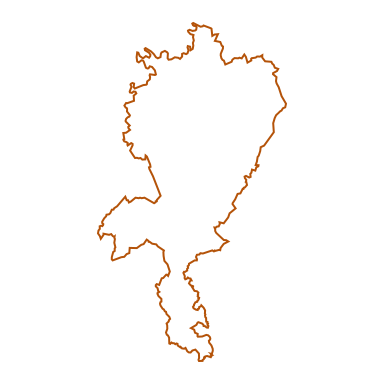 Tlahuiltepa, Hidalgo, Mexico (Robinson projection)
{"feature_id": "50627088B86938418920354", "entity_name": "Tlahuiltepa", "entity_type": "district", "adm_level": 2, "iso_a3": "MEX", "parent_name": "Mexico", "parent_adm1": "Hidalgo", "projection": "robinson", "projection_center": [-98.986, 20.833], "detail": "fine", "context": "isolated", "style": "outline", "palette": "amber", "viewbox_px": 384, "rotation_deg": 0, "n_neighbors": 0, "source": "geoboundaries", "source_scale": "gbopen_adm2", "svg_char_len": 5978}
<svg xmlns="http://www.w3.org/2000/svg" viewBox="0 0 384 384"><path d="M212.8,350.8L212.7,348.8L211.4,345.4L209.2,342.7L208.9,340.7L210.1,339.6L210.3,338.3L209.7,336.8L208.1,335.3L206.3,334.9L202.2,336.5L197.9,336.7L197.5,336.2L197.7,333.9L195.0,332.7L194.2,329.7L191.0,328.1L196.4,324.9L197.6,322.6L198.4,322.2L202.2,323.6L203.5,325.0L203.6,326.0L205.1,326.2L206.6,327.5L207.9,327.7L208.4,326.0L207.5,324.9L208.0,323.6L207.3,323.4L207.5,322.0L206.2,321.6L206.1,317.9L205.4,317.3L205.0,315.5L205.4,314.4L204.9,313.7L205.1,310.4L203.6,307.7L201.3,305.3L200.9,306.3L199.2,307.0L199.0,308.6L197.9,309.0L197.7,310.0L196.0,309.7L193.6,308.3L193.0,306.9L194.0,305.5L194.0,304.7L195.4,302.3L197.2,301.8L197.4,300.6L198.1,300.4L199.0,298.6L199.1,298.0L198.3,298.0L198.3,296.9L197.6,296.1L198.2,295.0L197.8,294.4L198.4,292.6L197.0,291.3L194.5,290.9L192.1,287.1L193.1,286.7L193.1,286.2L190.7,285.3L189.0,283.4L189.8,281.5L190.7,280.4L191.5,280.4L190.5,278.5L189.3,278.5L187.8,277.5L186.7,278.8L185.3,279.3L184.6,278.1L184.8,276.1L183.4,272.9L184.0,271.8L185.0,271.9L187.2,270.5L187.1,268.9L188.1,267.9L187.7,266.2L188.8,265.4L189.0,263.7L194.6,260.4L196.8,260.4L197.0,259.2L196.0,257.0L196.9,254.8L199.4,254.5L200.4,253.2L202.9,253.5L212.3,250.4L213.9,251.4L214.8,250.5L215.3,250.9L219.1,249.9L220.2,250.2L220.6,248.0L223.7,243.9L228.3,241.5L226.2,240.2L223.8,240.0L216.2,232.9L215.2,231.0L215.2,229.3L214.5,227.5L215.8,227.6L216.9,226.6L218.7,226.4L219.8,224.0L219.5,222.3L223.7,223.3L228.2,217.4L229.6,213.3L235.6,208.4L232.5,204.0L232.7,203.1L235.2,199.3L237.6,193.9L240.4,193.4L242.7,188.8L243.5,188.9L243.9,187.7L244.9,187.4L247.0,185.0L246.3,182.0L245.8,181.9L246.3,179.9L244.9,178.1L244.6,176.6L246.0,175.9L249.2,177.5L250.6,176.9L250.3,173.9L251.4,172.7L252.0,169.6L255.3,170.6L256.3,167.3L258.3,166.3L258.5,165.2L255.7,165.0L256.9,161.6L257.6,157.0L258.7,155.7L260.2,151.1L260.7,147.2L264.1,145.6L273.8,132.2L273.2,123.2L274.7,118.1L276.1,115.2L280.4,111.1L281.4,110.7L282.9,108.3L285.2,107.3L286.0,103.7L281.6,96.2L278.7,87.2L276.6,83.4L276.0,81.1L276.5,77.1L273.0,74.2L273.1,73.1L277.0,71.0L278.2,68.9L274.8,67.7L273.7,64.9L272.2,63.6L271.4,61.8L265.1,61.3L262.2,57.5L262.3,55.2L260.0,56.6L257.1,56.5L255.7,57.6L251.7,58.2L251.1,58.9L251.3,60.5L247.5,62.6L245.9,56.9L244.3,54.5L241.7,58.4L239.4,57.7L238.2,58.3L234.5,58.1L232.4,59.7L231.6,61.8L225.3,64.5L223.9,60.6L222.5,59.9L221.4,58.2L220.7,55.3L220.8,53.7L222.9,48.6L223.0,46.5L221.8,45.7L220.3,42.0L214.9,40.9L217.9,34.2L214.6,34.5L212.3,35.9L211.5,28.7L211.0,28.3L203.5,25.5L202.7,26.3L200.6,26.7L193.2,23.0L192.3,23.6L193.0,25.2L194.0,25.9L195.7,26.0L196.6,27.2L196.2,29.7L195.2,30.5L192.5,30.9L189.6,29.8L188.0,30.6L188.2,31.7L190.4,34.1L193.5,35.0L193.0,37.1L193.8,40.5L192.9,43.0L193.3,45.6L192.7,48.9L190.6,50.2L190.1,46.7L187.8,46.1L187.5,47.4L188.5,50.3L187.5,53.3L186.1,54.1L183.7,53.2L182.1,53.9L182.1,56.6L180.0,58.9L178.3,57.8L174.8,57.3L171.5,59.3L168.6,59.7L167.6,58.2L167.9,53.4L167.2,52.3L164.9,50.9L161.6,52.4L160.9,53.7L160.5,57.1L157.8,58.3L155.9,57.2L153.8,54.1L150.9,51.3L145.6,48.1L144.7,48.7L145.0,50.2L149.0,52.7L150.4,54.7L150.2,56.2L149.1,57.7L145.9,56.1L143.4,58.0L142.5,58.0L139.7,56.0L138.3,52.7L137.2,52.4L136.6,57.2L137.2,61.5L138.8,62.4L141.5,60.3L142.8,60.4L143.7,61.5L145.9,67.7L147.4,68.5L148.5,68.3L149.8,66.3L152.1,67.0L154.9,70.4L155.9,74.5L155.0,75.0L150.0,74.3L149.6,75.3L150.1,77.1L149.8,79.4L147.2,81.4L146.8,84.3L146.3,84.7L143.3,85.1L134.8,88.5L133.7,87.1L134.1,83.6L132.4,83.0L130.8,83.9L130.5,84.7L131.5,86.8L129.7,91.4L129.9,92.4L132.0,92.9L133.6,91.5L135.5,91.8L136.3,93.4L133.7,95.6L134.0,100.8L127.2,103.2L126.1,103.0L124.4,105.6L125.7,107.6L126.7,108.0L127.1,108.9L127.0,111.5L129.9,115.3L129.3,116.6L127.7,117.3L126.2,118.8L125.6,120.6L125.7,121.5L129.7,125.5L128.2,127.0L128.6,128.4L130.0,129.9L126.2,132.7L123.3,133.0L124.3,139.1L123.4,139.5L123.6,140.4L124.3,141.4L126.5,142.1L127.7,143.0L127.4,144.8L127.7,145.5L131.2,143.1L132.6,143.9L132.6,145.3L130.1,150.6L135.0,158.0L137.0,157.8L138.7,158.4L140.5,158.0L142.3,159.6L145.3,159.4L145.6,155.5L146.9,156.6L150.1,164.4L150.5,166.8L149.0,167.3L149.4,169.0L153.0,176.3L160.6,195.8L156.9,199.9L156.8,201.2L155.7,201.3L155.6,202.3L154.1,203.2L144.5,197.7L141.6,198.2L140.0,197.7L138.8,198.2L135.5,197.7L130.8,201.6L128.9,202.5L128.1,200.3L126.7,200.2L125.3,196.7L117.1,206.3L114.2,208.2L113.5,209.6L111.8,209.7L110.3,213.1L109.0,214.3L106.5,214.7L106.1,216.3L104.2,218.3L102.2,221.7L102.2,223.0L103.3,224.1L103.1,225.1L102.3,226.1L101.2,225.7L99.7,226.3L99.8,228.9L98.5,230.5L98.0,233.4L99.9,236.1L100.8,238.8L103.5,234.9L103.5,233.7L109.1,234.8L111.2,234.1L112.8,236.1L114.1,236.8L114.6,236.4L114.4,237.9L114.9,239.0L114.3,242.8L115.4,247.4L114.7,248.4L114.7,251.0L113.2,252.0L111.8,257.2L111.8,259.4L112.7,260.4L121.3,257.2L124.3,256.8L126.6,254.1L129.3,253.1L129.7,247.9L136.8,248.1L141.3,244.8L143.6,244.1L146.7,239.6L148.5,240.9L148.7,241.8L149.9,242.0L152.2,243.7L156.3,244.4L157.8,246.4L163.9,250.5L163.4,252.1L163.6,256.0L164.4,260.9L167.5,264.4L169.8,271.5L168.1,275.9L166.9,274.7L166.2,274.7L163.2,278.0L161.7,278.3L159.2,284.9L156.7,284.1L155.8,285.1L155.8,286.4L157.6,288.2L158.2,291.1L159.3,291.9L157.5,293.1L157.5,293.9L158.5,296.1L161.4,298.9L161.4,301.6L160.4,302.2L160.0,303.8L160.5,305.5L162.6,308.7L163.9,309.5L164.8,311.3L166.0,311.8L166.5,314.0L169.3,316.8L170.1,318.9L168.9,320.2L168.7,321.5L166.6,323.5L167.2,325.3L167.3,328.8L166.0,332.5L166.8,334.7L167.9,335.4L169.1,337.6L169.3,343.5L170.2,343.9L171.5,342.5L172.5,343.2L174.0,343.2L175.3,344.2L176.4,343.5L177.5,343.8L177.7,345.5L180.3,347.3L180.6,346.9L182.0,348.4L184.2,348.7L185.5,347.9L187.3,351.3L188.8,352.4L190.6,352.5L192.4,350.5L195.4,349.6L198.9,353.5L199.1,357.8L198.5,359.9L199.0,361.0L202.5,360.9L202.6,360.0L203.8,359.2L204.1,357.5L204.9,357.5L204.8,356.7L205.4,356.4L207.1,356.0L210.8,357.2L211.7,355.7L210.1,354.5L210.9,355.0L212.1,354.9L211.0,353.8L211.8,354.0L212.8,350.8Z" fill="none" stroke="#b45309" stroke-width="2"/></svg>